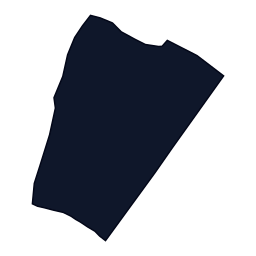 the district of Motufoua, Tuvalu
{"feature_id": "33948139B1978289965587", "entity_name": "Motufoua", "entity_type": "district", "adm_level": 2, "iso_a3": "TUV", "parent_name": "Tuvalu", "parent_adm1": "", "projection": "mercator", "projection_center": [178.693, -7.491], "detail": "fine", "context": "isolated", "style": "filled", "palette": "ink", "viewbox_px": 256, "rotation_deg": 0, "n_neighbors": 0, "source": "geoboundaries", "source_scale": "gbopen_adm2", "svg_char_len": 515}
<svg xmlns="http://www.w3.org/2000/svg" viewBox="0 0 256 256"><path d="M105.5,240.6L154.9,172.8L172.1,148.1L223.6,75.9L197.0,55.6L167.3,40.4L162.1,46.3L158.6,46.5L145.3,44.5L134.8,39.2L121.2,31.8L112.5,23.0L100.2,17.9L90.5,15.4L82.5,25.8L74.7,37.5L67.6,54.8L62.8,76.4L54.0,97.7L55.4,108.1L49.6,134.8L39.9,165.9L34.3,183.4L32.4,203.8L37.5,206.2L44.6,207.8L53.3,210.1L63.3,212.4L70.7,216.0L75.9,219.5L80.0,221.8L87.8,227.0L94.9,231.2L99.7,236.1L105.5,240.6Z" fill="#0f172a" stroke="#020617" stroke-width="1.5"/></svg>